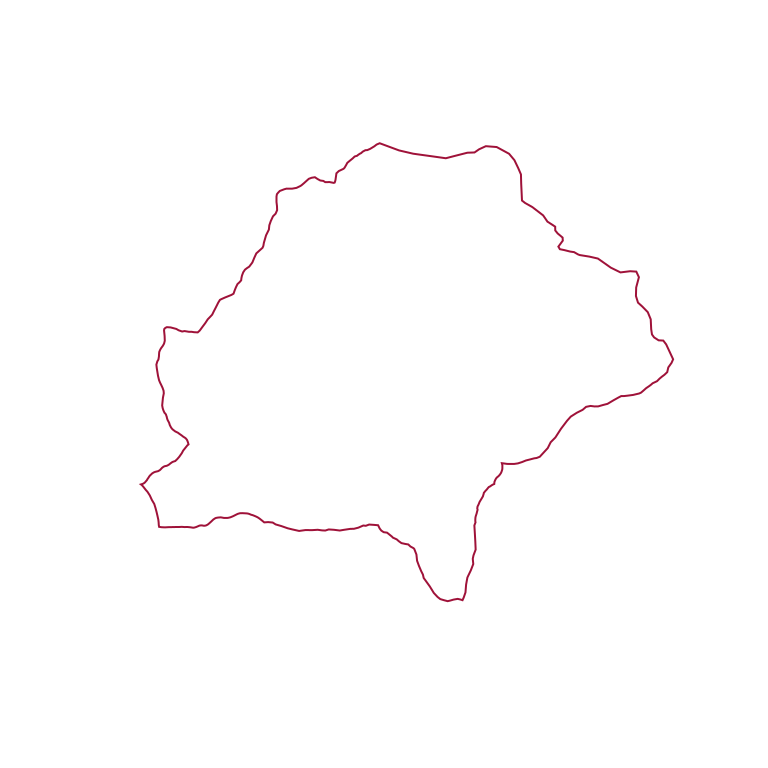 outline of Metsho, Lhuntshi, Bhutan, rotated 138°
{"feature_id": "84629894B9266041490873", "entity_name": "Metsho", "entity_type": "district", "adm_level": 2, "iso_a3": "BTN", "parent_name": "Bhutan", "parent_adm1": "Lhuntshi", "projection": "albers", "projection_center": [91.092, 27.547], "detail": "fine", "context": "isolated", "style": "outline", "palette": "rose", "viewbox_px": 768, "rotation_deg": 138, "n_neighbors": 0, "source": "geoboundaries", "source_scale": "gbopen_adm2", "svg_char_len": 5878}
<svg xmlns="http://www.w3.org/2000/svg" viewBox="0 0 768 768"><g transform="rotate(138 384 384)"><path d="M152.6,208.9L147.8,224.6L147.4,229.4L150.7,232.7L152.1,237.9L151.7,241.5L148.8,245.9L142.5,253.6L139.9,260.9L140.2,268.7L140.8,274.5L137.9,280.8L132.0,287.0L123.1,292.8L121.3,298.7L125.6,303.1L133.6,308.7L137.6,318.7L141.1,334.1L146.1,341.2L152.3,348.9L153.1,350.5L154.5,354.8L157.0,357.8L160.5,363.0L163.1,366.5L162.5,369.4L155.2,370.9L153.3,373.3L154.2,379.7L154.0,383.5L151.5,386.4L153.9,395.3L152.9,402.8L155.4,416.3L158.0,424.0L158.7,428.0L147.9,441.2L142.0,448.1L139.8,454.6L137.3,463.1L137.0,471.4L141.7,484.7L149.2,492.6L156.3,494.8L161.8,495.5L167.3,500.1L179.1,506.3L187.0,510.4L194.8,519.7L208.2,535.6L216.5,547.5L226.1,565.8L229.3,566.9L232.1,567.1L236.9,568.0L239.9,569.0L241.4,570.2L244.3,570.9L246.5,570.9L247.9,571.3L250.1,571.6L251.2,571.6L253.6,572.7L256.3,572.6L260.3,572.8L263.3,572.9L265.5,572.1L268.6,571.1L270.1,571.0L275.1,572.5L278.4,572.4L279.7,571.3L282.1,569.3L283.4,568.2L284.9,567.2L285.9,566.7L286.8,567.1L288.0,568.7L289.4,570.6L291.0,571.9L292.6,573.3L293.2,575.5L295.2,577.9L296.2,580.8L297.0,583.9L298.4,584.8L299.8,585.7L302.6,586.8L304.6,586.8L309.2,586.8L312.3,586.9L313.7,587.1L317.8,588.3L321.5,590.6L325.7,594.4L327.9,595.5L330.5,596.5L332.3,597.2L334.8,597.0L336.6,596.7L338.5,595.2L342.1,591.2L344.5,587.8L347.1,584.7L350.6,583.1L354.3,582.9L359.2,580.8L363.0,578.7L366.2,575.8L372.2,573.4L378.8,569.3L381.2,567.4L383.1,566.5L385.7,566.5L388.4,566.5L391.5,566.5L395.9,564.6L400.5,562.4L405.6,561.4L408.3,561.8L410.8,562.0L413.9,561.2L417.0,559.6L419.1,558.1L420.8,556.6L423.4,556.3L426.0,556.3L429.2,555.0L431.9,553.7L435.4,551.8L437.8,552.3L441.1,553.5L444.1,554.6L448.1,555.9L449.6,556.3L452.7,555.4L457.8,553.4L461.8,551.9L465.3,550.5L468.7,550.2L471.7,550.0L476.3,548.8L479.9,548.1L485.2,547.0L487.9,547.0L490.5,549.6L492.1,551.6L494.1,553.4L496.8,556.8L498.9,558.1L500.7,561.4L501.5,563.9L504.7,568.8L507.3,571.5L508.9,572.0L510.5,571.9L511.6,571.0L514.9,566.5L518.0,562.8L520.4,561.2L522.7,560.4L526.0,559.7L527.7,559.1L529.6,558.2L531.2,556.7L532.9,555.0L535.3,553.1L537.3,552.5L540.2,550.7L542.2,547.9L546.4,541.4L548.6,537.4L549.5,534.9L550.1,532.7L551.1,529.4L552.3,526.5L553.9,524.4L557.5,521.7L563.2,516.5L564.6,514.2L565.3,512.7L565.9,511.1L566.4,509.4L566.3,508.5L566.5,507.1L567.0,506.1L567.3,505.2L567.8,504.4L568.4,503.2L568.8,502.3L569.1,501.2L569.5,499.5L569.8,498.6L570.2,497.8L570.7,496.7L571.0,495.5L571.3,494.4L571.5,492.7L571.4,491.2L571.1,489.7L570.9,488.5L570.2,486.8L569.7,485.5L569.4,483.8L569.1,482.6L568.7,480.8L568.5,479.4L568.1,478.0L567.8,476.9L567.7,476.0L567.8,474.3L568.3,472.9L568.7,471.9L569.7,469.9L571.1,470.0L574.7,469.4L577.8,468.9L580.5,467.9L584.9,466.9L588.2,466.5L589.6,466.5L590.6,466.4L591.7,466.9L593.4,467.6L595.8,467.9L597.9,468.0L599.2,468.3L600.2,468.6L601.9,469.6L603.1,470.0L605.0,470.2L606.1,470.1L607.3,470.0L608.4,470.0L610.2,470.4L612.8,471.8L614.1,472.3L615.1,472.5L616.5,472.7L617.4,472.6L618.9,472.6L620.3,472.4L621.6,472.0L623.4,471.6L624.5,471.2L626.2,471.0L627.6,470.8L628.8,470.9L630.1,471.2L631.8,472.0L631.6,470.9L631.6,468.9L631.9,464.6L631.9,462.2L632.6,457.9L634.1,453.1L635.0,448.6L636.7,444.9L638.7,441.0L640.4,437.9L642.5,434.2L643.9,432.2L645.8,429.8L646.7,428.3L646.1,427.6L645.3,426.6L644.1,425.4L642.9,424.2L640.8,422.5L639.3,421.3L637.4,419.6L634.5,417.1L632.4,415.2L629.8,413.1L628.1,411.3L625.6,409.1L623.7,407.0L622.0,404.9L621.0,404.2L619.3,403.4L617.6,402.8L616.0,402.3L614.9,401.6L613.8,400.6L612.9,399.4L612.0,398.6L611.0,398.0L609.2,397.5L607.7,397.4L604.8,397.4L601.4,397.5L600.3,397.3L599.4,397.2L598.5,396.9L596.7,395.8L594.5,394.1L593.8,393.2L592.5,391.5L590.2,389.4L589.0,388.6L587.3,387.7L584.8,386.8L583.0,386.3L581.5,385.9L579.7,385.4L577.6,384.4L575.8,382.9L574.7,381.8L572.4,379.5L571.5,378.3L571.0,377.4L570.2,375.7L569.4,374.5L568.7,373.1L567.9,371.4L567.2,369.7L566.9,368.7L566.5,367.0L566.0,364.0L565.6,361.3L562.5,358.9L559.4,355.5L558.5,352.2L555.4,347.2L552.1,341.2L549.6,337.5L545.4,331.6L540.1,328.0L535.2,323.5L530.8,320.0L528.1,316.8L525.7,314.4L522.4,312.9L518.8,309.2L514.9,304.7L511.6,302.6L506.0,298.9L503.2,296.5L499.2,294.4L494.1,292.7L492.4,290.8L489.1,289.5L485.9,286.2L482.9,283.0L483.9,279.5L484.1,276.9L483.4,274.1L481.2,271.5L480.2,265.2L480.2,263.9L478.5,260.0L478.2,257.3L477.5,254.1L475.3,251.0L473.3,248.5L473.1,245.6L471.9,242.2L471.9,241.1L474.0,235.6L477.7,230.5L479.7,225.5L481.6,220.0L482.6,216.3L484.3,213.3L485.0,206.7L485.4,203.0L486.8,195.4L486.7,189.9L486.1,186.5L484.1,183.2L482.0,180.0L479.6,178.7L476.5,177.2L473.0,175.0L471.4,172.7L470.3,170.8L467.6,172.0L462.9,174.6L457.2,180.0L451.5,184.4L444.2,187.4L438.1,190.5L435.0,194.7L432.1,196.8L426.7,199.6L421.5,205.9L416.2,212.5L411.5,218.4L408.5,220.0L408.0,220.9L407.0,222.0L405.6,223.4L404.4,224.3L401.8,225.8L400.8,226.5L399.4,227.4L398.6,227.9L397.9,229.2L396.4,230.4L394.3,231.2L392.7,232.0L391.9,232.4L389.6,233.1L388.3,233.5L385.7,234.3L384.6,235.0L383.7,235.5L382.6,236.3L380.0,236.7L378.3,236.8L376.0,237.2L375.1,237.3L373.7,236.9L371.8,236.7L370.0,236.3L369.0,235.9L367.5,237.3L365.9,238.1L364.0,238.8L362.6,239.0L360.6,238.9L358.6,239.1L356.6,239.6L355.5,240.1L354.6,240.6L353.4,241.3L352.5,242.1L351.5,243.2L350.4,244.4L349.4,246.3L346.1,242.4L344.8,241.1L340.9,237.6L337.6,235.4L333.6,233.6L329.7,232.2L326.1,230.3L322.2,228.3L320.1,226.9L316.9,225.7L305.2,226.8L299.1,229.2L292.4,229.6L282.4,232.3L272.5,234.2L267.0,234.8L259.9,233.6L253.7,231.9L249.1,231.8L245.2,229.5L242.5,226.4L239.9,224.1L235.2,221.8L231.2,219.7L224.2,218.3L218.9,217.1L215.8,216.3L213.8,214.5L211.0,212.5L206.2,209.2L200.7,206.2L198.8,205.6L195.4,205.5L192.0,205.5L188.3,205.0L185.9,204.8L183.9,204.8L179.2,203.4L175.7,203.6L172.6,203.5L169.4,203.2L165.6,203.3L161.6,206.1L156.2,207.3L152.6,208.9Z" fill="none" stroke="#9f1239" stroke-width="2"/></g></svg>